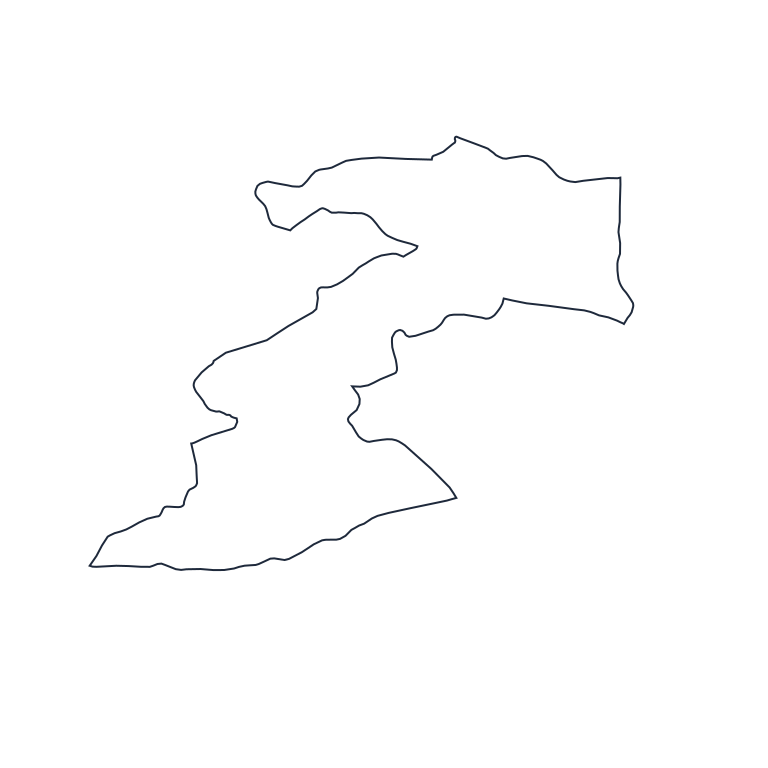 Lai Chau, Lai Chau, Vietnam, rotated 293°
{"feature_id": "81297802B74546691476320", "entity_name": "Lai Chau", "entity_type": "district", "adm_level": 2, "iso_a3": "VNM", "parent_name": "Vietnam", "parent_adm1": "Lai Chau", "projection": "equal_earth", "projection_center": [103.45, 22.387], "detail": "fine", "context": "isolated", "style": "outline", "palette": "slate", "viewbox_px": 768, "rotation_deg": 293, "n_neighbors": 0, "source": "geoboundaries", "source_scale": "gbopen_adm2", "svg_char_len": 5374}
<svg xmlns="http://www.w3.org/2000/svg" viewBox="0 0 768 768"><g transform="rotate(293 384 384)"><path d="M338.7,218.2L337.5,218.4L336.3,218.4L334.4,217.7L331.9,215.8L323.4,211.6L313.5,208.6L311.6,208.6L310.0,208.8L308.4,209.3L306.9,210.3L304.9,212.3L303.3,214.3L300.1,220.1L297.6,224.5L295.6,226.8L294.4,228.8L293.2,230.8L292.4,233.2L292.3,235.0L293.0,240.2L293.5,241.3L293.8,241.9L294.0,242.1L294.5,243.2L294.5,244.6L294.5,248.6L294.2,250.1L294.2,251.4L294.5,252.2L295.0,253.2L295.1,253.9L295.1,254.3L295.0,255.0L294.4,255.9L294.3,257.0L294.3,258.4L294.4,259.5L294.8,261.8L291.8,263.7L288.3,263.7L286.2,263.7L285.2,263.3L283.5,261.9L269.4,245.1L262.4,238.2L258.4,234.7L255.9,232.4L254.4,230.7L253.9,229.8L235.8,242.9L227.6,246.8L224.1,248.5L221.7,249.7L219.6,250.7L218.6,250.7L217.1,250.7L216.1,250.4L213.9,249.0L210.8,246.3L208.5,245.6L202.0,245.6L197.6,246.0L195.9,246.5L194.9,246.8L193.6,246.5L192.8,246.0L191.5,244.9L190.3,242.8L189.0,239.4L187.3,234.6L186.3,232.0L185.2,230.4L183.5,229.6L181.8,229.4L178.9,229.4L176.4,229.1L175.1,228.8L174.1,228.0L173.0,226.2L167.5,218.8L161.0,212.8L154.1,207.5L149.4,203.6L145.4,199.3L141.4,194.3L137.6,190.9L135.5,189.3L125.2,187.5L113.3,186.5L101.7,184.1L102.0,187.1L103.4,190.8L112.1,208.6L116.6,220.0L120.7,231.5L124.2,239.9L126.6,242.6L129.8,245.8L131.7,249.3L131.9,253.0L132.2,264.7L133.6,269.9L136.3,274.6L142.0,287.4L146.1,299.8L150.3,309.5L155.6,318.1L159.0,322.0L162.3,326.7L164.5,331.0L167.3,336.6L169.3,339.0L172.8,342.2L178.8,347.6L180.6,351.1L183.1,361.2L185.9,364.9L197.2,374.2L209.0,382.0L215.9,388.1L217.7,390.9L220.1,396.3L222.0,400.8L224.2,404.0L229.2,407.9L237.0,411.0L240.0,413.4L244.0,416.4L247.7,420.3L255.5,425.4L260.1,429.6L267.2,438.7L279.7,456.4L294.4,477.6L301.3,487.5L304.5,491.4L307.4,495.1L310.7,490.5L314.4,484.8L324.3,460.8L335.7,427.3L336.4,423.6L336.9,419.9L336.9,417.1L336.2,413.1L334.4,408.5L331.9,404.0L327.6,396.9L325.1,393.2L324.4,390.9L324.4,389.8L324.4,388.3L324.4,386.9L324.9,384.3L325.8,381.2L328.5,377.2L333.1,371.0L334.2,368.4L335.6,365.9L337.6,364.5L339.5,364.5L342.7,365.6L349.3,369.0L356.0,369.2L360.7,367.5L364.2,364.3L367.1,359.3L369.4,355.6L369.6,356.2L372.3,363.3L376.6,369.9L381.1,374.0L386.9,378.8L397.8,389.5L399.2,390.5L401.8,390.5L404.2,389.5L407.6,387.5L411.0,385.3L415.8,381.3L421.0,377.3L426.0,374.8L429.8,373.3L433.3,373.6L435.8,374.0L437.2,374.7L439.2,376.5L440.0,377.7L440.2,380.2L439.3,382.7L437.7,384.7L437.3,386.2L437.3,388.7L440.7,394.2L442.7,396.5L449.7,404.5L452.7,408.2L455.1,410.0L457.9,411.5L460.7,412.8L463.1,413.5L466.5,414.0L468.7,414.5L471.1,415.8L472.9,417.5L474.9,420.8L479.1,430.5L483.3,448.0L483.9,452.3L485.3,454.8L487.3,456.8L488.5,457.6L490.5,458.8L493.7,459.8L497.7,460.8L500.5,461.3L504.3,461.6L509.5,460.8L511.0,469.3L514.0,483.8L519.4,501.9L520.4,505.3L527.1,529.7L530.0,539.5L531.0,545.8L531.2,549.4L531.2,553.0L531.2,555.1L532.3,560.8L533.0,564.5L533.4,573.8L533.2,577.4L533.2,580.3L533.0,581.4L540.1,582.4L543.4,583.4L546.8,583.9L549.2,583.6L552.4,583.2L553.9,582.7L555.7,581.6L557.6,579.0L561.0,573.9L562.7,571.1L564.7,567.1L566.8,564.1L568.8,561.8L572.0,559.0L575.5,556.9L579.6,554.6L586.0,551.8L588.6,551.1L591.6,550.7L596.0,550.4L606.0,546.3L615.4,540.5L619.0,539.3L621.6,538.6L625.2,537.7L639.5,531.7L660.0,523.7L666.3,520.9L664.6,518.5L662.8,513.9L660.9,509.3L657.3,502.9L648.9,488.0L644.6,481.2L643.2,476.3L642.7,473.3L642.5,469.6L642.8,464.5L643.9,461.1L646.6,455.6L650.4,447.1L651.4,443.2L651.6,440.5L651.4,437.1L651.1,433.0L650.1,427.1L647.8,422.1L641.3,411.6L639.1,408.4L638.1,405.2L638.1,403.1L638.1,401.2L638.4,397.6L639.5,394.6L640.5,390.3L641.2,387.8L641.2,385.7L640.7,372.9L640.0,358.2L640.0,355.7L640.0,354.6L640.0,354.2L639.4,353.3L638.3,353.1L636.9,353.6L636.2,354.4L635.2,354.8L633.9,354.9L633.2,354.4L631.0,353.1L620.9,347.8L615.5,342.7L613.5,340.5L612.6,339.9L611.6,339.8L609.2,340.3L599.8,316.4L590.5,290.9L582.7,275.3L577.7,266.8L577.2,266.0L574.6,261.9L571.6,259.1L562.8,251.4L560.5,248.2L556.6,241.7L555.8,240.6L552.8,237.7L547.6,235.6L541.0,233.8L537.0,232.3L534.4,231.1L532.5,228.8L531.1,225.2L530.1,222.3L529.2,217.6L526.4,205.2L525.7,201.6L525.0,198.1L524.0,196.6L521.7,193.7L519.8,191.6L516.9,190.1L513.2,190.1L510.8,190.4L508.9,191.3L507.5,192.4L506.1,194.5L504.9,196.9L503.9,199.5L502.7,202.5L501.3,205.1L499.0,207.5L496.1,209.8L491.9,213.0L490.2,214.8L488.5,216.9L487.6,218.3L487.1,219.5L487.1,222.2L487.3,224.8L488.8,237.7L489.1,237.8L491.6,238.8L496.0,241.3L500.5,244.0L504.5,246.7L508.8,249.2L512.5,251.6L516.9,254.7L519.9,256.6L521.2,257.9L521.9,259.0L522.1,261.2L521.9,264.7L521.4,266.9L521.3,269.0L522.9,272.8L524.2,274.9L526.1,280.1L528.5,287.2L529.8,289.7L531.1,293.5L532.4,296.5L532.8,298.9L532.8,300.8L532.8,302.7L532.2,306.3L531.1,309.3L528.5,314.4L526.3,318.2L524.1,322.6L522.5,326.7L521.9,329.4L521.7,334.6L521.7,340.0L522.4,345.9L523.5,353.7L523.9,360.9L523.6,360.9L522.1,361.0L521.2,360.9L520.5,360.6L517.8,358.8L511.4,353.9L508.8,352.1L508.7,348.6L508.7,346.1L508.5,344.1L507.1,340.6L501.3,331.4L497.5,327.4L495.7,325.6L490.9,322.1L487.9,320.1L484.9,317.8L481.3,315.3L473.1,312.1L462.9,306.0L457.3,301.8L452.7,297.3L450.9,294.3L449.7,291.5L449.1,290.0L448.3,288.3L446.9,287.0L445.5,286.5L443.1,286.5L441.8,286.9L437.3,289.6L426.6,292.4L422.1,290.3L409.6,280.7L400.1,273.4L388.8,265.8L378.5,259.0L359.7,236.6L351.0,226.2L338.7,218.2Z" fill="none" stroke="#1e293b" stroke-width="2"/></g></svg>